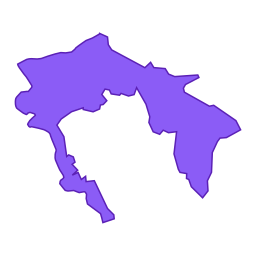 Debar, Debar, North Macedonia
{"feature_id": "65306769B94389460478239", "entity_name": "Debar", "entity_type": "district", "adm_level": 2, "iso_a3": "MKD", "parent_name": "North Macedonia", "parent_adm1": "Debar", "projection": "orthographic", "projection_center": [20.543, 41.495], "detail": "fine", "context": "isolated", "style": "filled", "palette": "violet", "viewbox_px": 256, "rotation_deg": 0, "n_neighbors": 0, "source": "geoboundaries", "source_scale": "gbopen_adm2", "svg_char_len": 2147}
<svg xmlns="http://www.w3.org/2000/svg" viewBox="0 0 256 256"><path d="M240.6,129.8L235.9,120.6L213.7,105.3L209.4,106.2L184.4,92.2L183.4,88.2L185.5,84.5L198.9,77.5L197.8,75.0L174.7,76.6L168.6,74.1L165.2,68.6L153.8,67.6L150.6,62.3L144.9,67.7L111.7,49.9L108.3,44.7L107.5,37.0L99.6,33.4L99.5,34.0L93.0,37.7L92.0,38.2L86.1,40.5L82.6,42.9L79.5,45.1L76.1,47.6L74.8,49.3L71.6,52.0L65.7,52.9L60.8,52.6L55.0,54.0L47.8,56.2L41.3,58.5L37.2,59.0L31.3,58.7L29.9,58.8L28.9,58.9L26.7,59.4L23.0,61.3L17.7,64.1L18.0,65.3L18.4,66.1L19.4,67.8L23.8,73.9L26.2,76.8L28.6,80.5L31.8,85.6L31.9,86.8L31.6,87.5L28.3,91.5L27.0,91.4L21.2,92.1L16.8,96.9L15.9,98.3L15.6,99.4L15.4,101.1L15.4,102.9L15.5,104.6L15.8,106.1L16.6,108.0L18.1,109.3L23.3,113.1L26.3,114.5L27.5,113.8L28.0,113.0L29.5,112.5L30.4,112.5L34.1,113.7L34.8,114.1L35.3,115.3L34.9,115.8L32.4,118.0L29.8,120.6L28.0,123.4L27.7,124.5L28.9,126.4L30.0,127.1L31.6,126.7L38.5,128.2L43.7,129.6L45.3,130.3L47.9,131.8L48.9,132.5L49.5,133.2L49.8,133.6L50.3,134.6L50.6,135.9L52.1,139.9L54.6,145.9L56.1,149.6L56.1,150.9L55.8,151.9L55.5,152.7L55.4,153.3L55.2,154.4L55.1,157.9L55.5,160.0L58.3,166.6L59.8,169.9L62.4,173.9L63.4,175.6L63.8,177.5L63.0,178.6L60.8,180.2L60.2,181.2L59.8,183.7L63.2,188.0L65.2,190.4L67.3,190.9L68.2,191.0L73.8,190.5L76.5,191.6L79.2,192.6L84.2,191.7L85.3,192.2L86.5,194.1L86.5,195.0L86.2,198.6L87.5,204.0L100.5,213.6L100.8,214.5L101.6,217.3L101.9,218.4L102.9,222.6L114.2,218.8L113.8,214.8L107.5,208.5L94.3,180.7L86.1,181.6L85.6,176.3L81.3,179.5L78.1,172.5L72.3,175.1L77.7,170.2L72.1,164.3L75.0,162.2L73.3,156.9L68.7,154.9L66.7,156.5L63.9,136.7L56.9,125.1L61.2,119.0L71.6,111.7L83.2,107.8L83.2,109.5L93.1,111.8L99.6,109.0L100.4,105.0L103.2,104.5L106.8,100.7L101.8,94.5L105.0,89.1L109.4,90.0L111.2,93.9L119.6,95.2L121.0,93.4L128.5,96.0L134.1,94.6L136.6,87.7L146.0,104.2L149.8,116.8L148.9,122.5L153.2,131.8L159.7,134.3L163.2,130.2L168.5,132.7L176.6,131.7L174.0,153.9L178.3,169.2L180.0,172.4L186.7,173.6L186.5,178.5L188.8,179.5L191.3,186.7L202.6,197.8L208.0,190.9L207.4,180.8L211.5,172.3L212.3,152.6L217.4,141.6L220.0,138.1L226.4,137.6L240.6,129.8Z" fill="#8b5cf6" stroke="#5b21b6" stroke-width="1.5"/></svg>